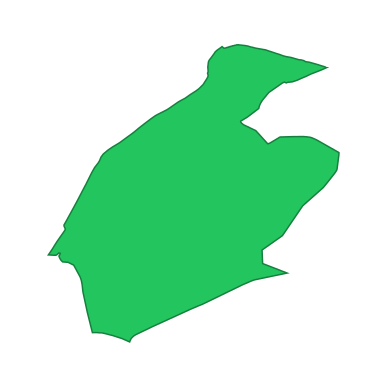 the district of Hinboon, Khammouan, Laos, rotated 82°
{"feature_id": "54806243B38020110154971", "entity_name": "Hinboon", "entity_type": "district", "adm_level": 2, "iso_a3": "LAO", "parent_name": "Laos", "parent_adm1": "Khammouan", "projection": "equal_earth", "projection_center": [104.427, 17.789], "detail": "fine", "context": "isolated", "style": "filled", "palette": "green", "viewbox_px": 384, "rotation_deg": 82, "n_neighbors": 0, "source": "geoboundaries", "source_scale": "gbopen_adm2", "svg_char_len": 3110}
<svg xmlns="http://www.w3.org/2000/svg" viewBox="0 0 384 384"><g transform="rotate(82 192 192)"><path d="M285.5,109.1L272.7,132.0L259.2,130.7L247.8,108.5L221.1,84.3L205.9,61.4L201.1,56.2L194.1,48.9L192.3,47.1L191.2,46.2L190.1,45.4L188.9,45.0L175.8,41.4L174.6,41.2L173.9,41.0L173.4,41.0L157.7,61.4L155.0,65.7L154.2,67.5L153.2,71.2L152.6,73.9L151.2,84.4L150.0,95.3L149.9,96.1L149.8,96.6L149.9,97.4L150.1,98.1L150.5,98.8L154.4,108.1L154.6,109.1L154.8,109.9L154.8,110.3L140.1,120.3L132.5,131.7L130.7,133.3L129.6,134.0L129.1,134.1L128.8,134.0L128.5,133.7L127.4,131.0L126.2,128.2L125.1,125.9L118.6,114.3L116.2,113.3L114.8,112.5L113.1,111.3L111.1,109.6L109.0,107.4L107.7,105.9L106.0,104.1L104.3,102.2L103.7,101.2L96.8,87.6L96.3,86.2L96.1,85.7L96.0,85.3L96.7,84.1L97.1,83.5L96.7,81.9L96.9,77.4L96.0,72.5L94.3,66.5L93.4,63.0L91.8,58.1L90.4,52.1L89.0,46.3L87.6,41.5L87.5,41.9L86.7,42.7L82.9,50.7L79.7,58.0L78.8,61.3L78.7,61.4L77.4,63.1L76.5,65.2L75.8,67.9L74.3,71.3L72.7,74.8L71.8,77.5L71.1,79.7L69.8,82.8L67.6,86.9L66.9,88.5L64.6,93.1L62.9,96.6L61.4,99.5L60.7,101.8L58.3,109.2L57.2,111.7L56.5,113.8L55.3,116.2L54.4,118.9L53.4,122.8L52.9,124.9L52.6,125.8L52.6,126.7L52.5,127.0L52.5,127.3L52.6,127.7L52.6,127.8L52.7,128.2L52.7,128.4L52.7,128.8L52.7,129.2L52.7,129.4L52.7,129.5L52.8,129.8L52.8,130.0L52.9,130.3L52.9,130.6L52.9,130.9L52.9,131.1L52.9,131.4L52.9,131.7L53.0,131.8L53.1,132.3L53.1,132.5L53.1,132.8L53.1,133.0L53.2,133.3L53.2,133.5L53.3,133.5L53.4,133.8L53.3,134.3L53.3,134.5L53.4,134.8L53.4,135.0L53.4,135.3L53.5,135.4L53.7,135.6L53.8,136.0L53.8,136.3L53.8,136.5L53.7,136.7L53.6,136.8L53.6,137.0L53.7,137.4L53.8,137.6L53.9,137.8L54.0,138.2L54.0,138.3L54.0,138.5L54.0,138.8L54.1,139.0L54.0,139.3L54.0,139.5L54.1,139.9L54.1,140.2L53.9,140.5L52.2,142.0L53.0,143.4L55.1,147.5L56.5,149.5L58.1,150.9L61.7,154.4L63.6,156.4L65.1,157.5L67.1,158.1L70.7,159.0L72.8,159.1L75.0,159.3L75.8,159.6L76.3,160.0L77.0,160.1L78.1,159.8L79.0,159.9L80.0,160.2L81.6,161.3L87.2,166.1L90.8,171.0L92.5,174.1L95.2,180.0L98.2,185.8L99.9,190.5L100.9,193.0L102.7,196.6L105.8,202.7L107.0,205.3L107.9,207.8L109.9,213.8L111.3,217.6L113.7,222.3L117.2,228.6L121.4,235.9L124.7,241.2L129.4,249.9L133.0,256.6L134.4,259.8L136.2,264.1L138.7,269.2L142.0,274.5L144.7,277.2L146.6,278.3L148.0,279.1L150.1,280.8L154.3,285.1L158.0,287.9L158.6,288.4L169.2,295.7L169.3,295.7L171.4,297.3L185.4,307.3L195.8,315.0L196.7,315.7L203.3,320.6L206.9,323.4L208.4,323.4L210.9,322.6L212.1,323.1L222.2,332.5L225.6,335.4L228.4,337.7L231.8,340.7L234.3,343.0L235.4,337.5L235.7,335.5L235.1,334.1L233.8,332.2L234.4,331.0L235.7,331.6L236.9,332.7L238.7,332.3L240.9,331.5L243.2,329.9L244.4,324.5L247.9,319.4L249.3,318.8L253.6,317.2L260.6,314.6L262.5,314.2L264.2,313.9L268.2,313.7L275.9,313.9L296.6,312.4L317.4,310.2L317.8,307.0L318.1,305.2L318.5,303.6L319.0,300.7L320.5,296.8L321.7,294.0L323.1,290.5L327.4,281.7L331.8,274.6L330.7,274.0L329.8,273.4L328.6,272.6L327.4,271.1L326.4,269.6L325.5,267.6L320.0,250.5L308.0,210.1L305.8,202.1L304.6,197.2L295.9,170.3L291.0,155.1L288.8,147.2L288.0,144.0L287.7,142.3L285.5,109.1Z" fill="#22c55e" stroke="#15803d" stroke-width="1.5"/></g></svg>